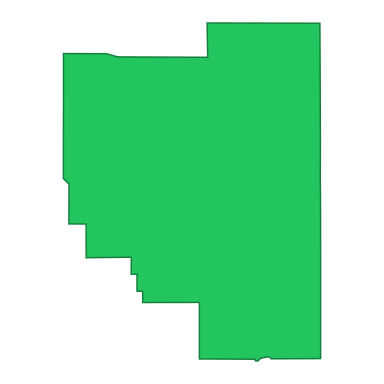 outline of Marion, Mississippi, United States of America
{"feature_id": "52423323B28506543245034", "entity_name": "Marion", "entity_type": "district", "adm_level": 2, "iso_a3": "USA", "parent_name": "United States of America", "parent_adm1": "Mississippi", "projection": "orthographic", "projection_center": [-89.839, 31.217], "detail": "fine", "context": "isolated", "style": "filled", "palette": "green", "viewbox_px": 384, "rotation_deg": 0, "n_neighbors": 0, "source": "geoboundaries", "source_scale": "gbopen_adm2", "svg_char_len": 619}
<svg xmlns="http://www.w3.org/2000/svg" viewBox="0 0 384 384"><path d="M117.7,56.9L106.4,53.7L63.5,53.6L63.5,99.2L63.4,149.1L63.4,178.6L69.0,184.1L68.9,223.9L86.1,224.0L86.2,257.7L131.3,257.2L131.2,274.2L137.0,274.2L137.0,291.2L142.7,291.2L142.7,302.5L199.4,302.4L199.4,359.0L199.6,359.0L206.9,359.0L212.3,359.0L254.9,359.2L255.2,360.5L255.6,360.9L257.2,361.0L258.5,360.5L259.8,358.9L262.1,357.9L268.3,356.8L270.2,357.5L271.2,358.7L271.2,358.8L320.6,358.6L320.6,261.2L320.5,195.5L320.3,181.9L320.4,140.3L319.9,23.2L308.8,23.2L207.1,23.0L207.7,57.3L117.7,56.9Z" fill="#22c55e" stroke="#15803d" stroke-width="1.5"/></svg>